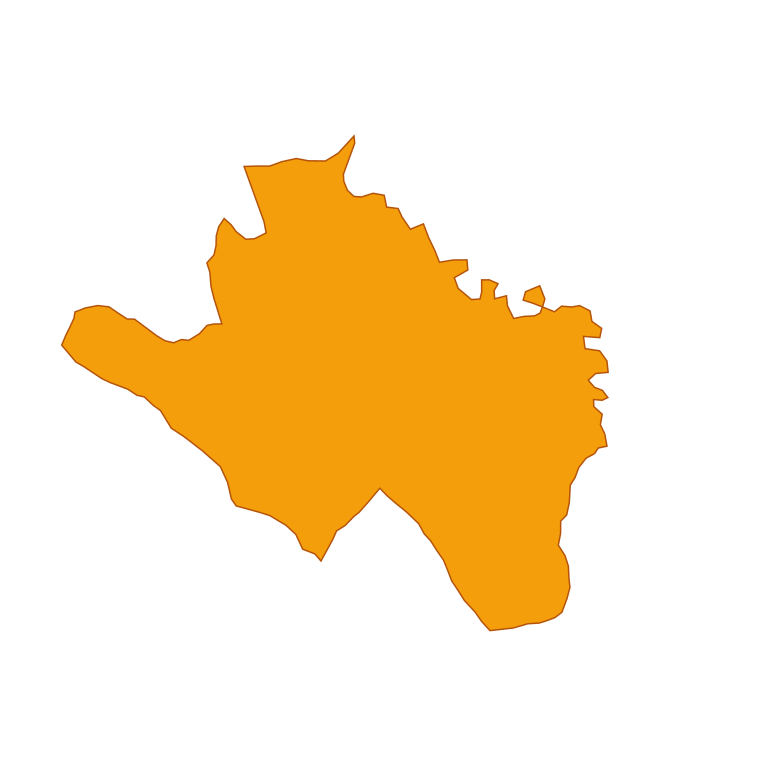 the district of Florestópolis, Paraná, Brazil, rotated 310°
{"feature_id": "56859067B91168213066452", "entity_name": "Florestópolis", "entity_type": "district", "adm_level": 2, "iso_a3": "BRA", "parent_name": "Brazil", "parent_adm1": "Paraná", "projection": "equal_earth", "projection_center": [-51.393, -22.894], "detail": "fine", "context": "isolated", "style": "filled", "palette": "amber", "viewbox_px": 768, "rotation_deg": 310, "n_neighbors": 0, "source": "geoboundaries", "source_scale": "gbopen_adm2", "svg_char_len": 2344}
<svg xmlns="http://www.w3.org/2000/svg" viewBox="0 0 768 768"><g transform="rotate(310 384 384)"><path d="M554.7,201.6L531.4,200.6L517.2,195.8L506.5,182.8L500.3,171.8L488.6,162.8L477.4,156.3L468.3,145.5L460.7,137.0L431.2,187.8L424.0,196.6L412.0,191.4L406.0,185.0L405.7,172.7L407.7,164.7L408.0,155.2L398.2,156.3L389.8,160.2L381.9,166.5L373.6,170.8L362.9,170.5L357.7,178.8L347.6,188.7L340.4,198.5L325.8,221.2L320.5,215.0L315.2,210.8L303.8,210.3L291.9,206.3L287.9,200.3L280.3,196.3L276.3,188.3L274.8,178.4L273.3,151.2L268.7,145.5L267.4,134.8L266.3,123.7L260.1,114.3L250.4,106.4L240.6,101.0L234.9,104.3L224.2,107.2L218.0,108.6L206.6,112.1L202.8,133.9L204.3,142.4L206.8,164.6L209.1,173.4L215.3,190.9L216.6,202.0L220.0,208.7L219.3,221.2L220.0,229.9L213.4,249.5L215.1,264.2L216.1,287.2L215.5,311.8L208.1,327.4L197.8,341.1L195.6,349.2L205.4,370.5L209.8,381.1L212.8,399.8L212.1,413.2L205.2,427.9L209.4,440.3L207.9,449.5L231.9,444.7L240.9,442.1L250.9,445.2L263.6,446.1L269.5,447.4L283.1,447.8L292.4,447.8L301.5,447.8L300.4,458.0L300.2,469.6L300.4,483.5L299.3,500.3L295.0,511.4L293.9,520.4L290.3,531.8L287.3,542.9L282.8,551.4L276.7,562.4L273.4,573.7L269.8,584.8L267.8,600.7L264.9,611.3L263.2,623.7L280.1,639.8L292.8,648.3L300.7,656.6L306.9,660.6L314.9,665.1L323.5,667.0L337.5,662.0L347.8,657.1L354.0,650.6L362.9,642.4L368.8,633.1L372.6,621.1L382.9,615.4L392.5,607.5L401.1,608.1L412.4,602.1L426.2,591.7L435.2,590.5L445.2,586.9L457.1,586.5L466.0,590.0L472.7,589.3L479.7,594.8L487.7,585.1L491.9,575.9L501.1,570.6L501.5,559.3L506.8,554.5L511.8,561.6L517.5,564.2L519.5,555.3L516.7,547.4L518.2,538.0L528.1,539.4L537.0,548.2L545.0,539.9L548.0,527.8L540.3,515.3L548.7,506.2L558.2,519.5L566.5,515.0L565.6,503.0L572.4,494.9L569.8,483.5L563.5,478.1L557.8,470.0L548.9,468.2L544.9,455.9L538.6,458.0L532.8,455.4L525.8,447.8L517.5,441.2L523.3,428.2L530.3,421.1L520.4,414.0L526.3,408.3L534.1,406.9L531.4,397.6L526.5,391.9L517.1,399.8L510.8,402.9L504.9,396.7L504.9,379.4L510.6,369.5L525.2,374.9L532.4,367.8L523.4,357.2L512.9,348.2L519.1,336.8L524.8,324.1L532.0,311.3L519.5,304.7L523.5,290.5L527.5,282.0L521.2,272.3L528.7,262.8L523.1,253.1L512.8,246.5L508.3,240.3L508.9,231.4L513.4,223.0L518.5,218.1L549.6,206.8L554.7,201.6ZM544.9,455.9L552.5,452.6L559.3,440.2L545.7,433.1L537.7,436.7L541.7,446.4L544.9,455.9Z" fill="#f59e0b" stroke="#b45309" stroke-width="1.5"/></g></svg>